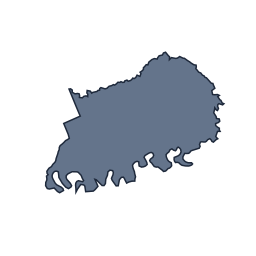 Santo Ângelo, Rio Grande do Sul, Brazil, rotated 338°
{"feature_id": "56859067B98456999895328", "entity_name": "Santo Ângelo", "entity_type": "district", "adm_level": 2, "iso_a3": "BRA", "parent_name": "Brazil", "parent_adm1": "Rio Grande do Sul", "projection": "orthographic", "projection_center": [-54.307, -28.25], "detail": "fine", "context": "isolated", "style": "filled", "palette": "slate", "viewbox_px": 256, "rotation_deg": 338, "n_neighbors": 0, "source": "geoboundaries", "source_scale": "gbopen_adm2", "svg_char_len": 4107}
<svg xmlns="http://www.w3.org/2000/svg" viewBox="0 0 256 256"><g transform="rotate(338 128 128)"><path d="M191.2,71.8L189.0,71.7L187.3,73.2L183.9,72.7L181.8,74.0L180.9,75.0L178.4,73.5L175.8,73.5L172.0,74.7L170.1,76.9L168.6,76.1L166.6,77.2L164.9,77.9L164.2,79.5L161.9,80.5L160.1,80.8L160.4,82.4L158.4,84.6L156.2,82.4L154.1,84.1L152.1,84.5L151.2,83.5L149.5,84.5L148.0,84.9L145.7,84.7L145.0,83.2L142.7,83.1L141.6,84.1L140.2,83.8L138.8,82.4L137.6,82.7L135.8,81.8L133.8,82.7L131.7,83.2L130.7,82.3L128.7,82.6L126.1,82.2L123.3,83.3L121.4,83.1L118.0,80.4L116.6,80.8L115.8,82.3L114.3,81.9L112.9,82.5L108.7,81.8L107.4,82.1L106.9,79.7L104.2,77.9L103.0,80.1L103.4,81.6L102.4,83.8L101.2,82.5L98.9,82.1L97.0,82.9L94.4,81.5L95.3,79.7L95.5,78.0L94.2,77.1L91.7,76.5L89.7,74.1L90.5,71.9L89.5,70.2L87.9,69.8L88.0,88.5L88.1,96.3L88.2,99.1L70.1,99.7L70.2,111.4L69.7,115.6L67.6,116.1L65.4,116.3L63.1,117.4L61.0,118.2L58.5,118.9L57.0,120.3L56.1,122.3L54.4,123.9L53.4,125.4L50.0,129.3L48.8,131.2L47.4,132.4L44.6,133.6L42.6,135.1L39.6,135.7L36.6,137.7L36.0,139.7L36.4,141.4L34.4,142.1L33.7,144.9L33.0,146.1L31.4,147.6L30.0,150.7L30.5,153.9L32.2,155.1L37.1,156.0L38.8,160.4L40.4,162.4L44.8,161.8L45.0,160.0L44.0,157.9L40.6,153.9L39.8,151.7L39.3,147.4L39.3,145.5L39.7,143.9L40.9,142.3L42.5,141.2L44.1,140.8L45.7,141.3L47.0,142.6L45.4,148.0L46.4,154.8L48.1,159.5L50.1,161.9L52.9,161.4L54.1,160.4L53.8,157.6L52.0,152.6L52.1,150.7L52.9,149.0L55.2,148.0L59.8,147.6L64.4,149.6L65.3,150.5L66.8,154.3L66.8,157.9L67.2,160.0L65.9,160.8L62.3,158.3L60.5,158.4L58.9,159.6L58.0,161.3L57.0,164.7L55.8,167.9L58.5,165.6L63.0,162.7L65.6,164.1L66.2,165.7L64.9,171.2L68.4,172.3L72.2,173.5L74.4,172.8L78.3,170.8L78.1,163.2L79.2,164.1L82.4,171.6L84.2,172.4L86.2,171.1L88.3,167.0L91.2,164.2L92.9,161.2L95.4,160.3L97.8,161.8L97.7,163.8L96.6,165.7L93.8,168.5L93.7,170.4L95.3,177.2L97.3,177.9L100.7,172.7L103.4,171.3L105.2,171.8L105.7,173.2L105.8,175.7L106.1,178.6L108.3,178.4L110.2,178.6L111.8,178.8L114.4,179.8L115.4,177.7L116.7,176.1L117.1,172.9L117.6,170.8L117.6,168.6L117.8,166.1L118.3,164.2L119.7,163.1L122.0,162.2L123.9,162.3L125.3,163.4L124.7,165.2L124.1,167.4L125.9,169.3L128.0,169.8L130.0,169.8L132.1,169.0L132.5,167.1L132.4,165.2L132.1,162.8L131.9,161.2L133.4,159.9L135.8,159.5L137.4,159.2L139.1,159.1L140.6,159.5L141.6,160.8L141.6,162.9L140.2,164.4L138.5,164.9L137.1,165.3L135.9,166.3L136.0,167.8L136.8,169.2L137.3,171.3L137.9,173.5L139.5,174.8L141.1,175.3L142.1,176.8L143.2,178.7L144.1,180.2L144.6,181.6L146.8,182.0L148.5,181.3L149.9,180.6L151.3,180.7L152.6,180.4L154.3,179.4L155.1,176.5L153.6,174.6L152.9,173.1L152.7,171.5L152.7,169.1L153.3,167.0L155.0,166.1L156.8,165.6L158.9,163.9L160.9,163.8L162.0,165.7L163.5,166.9L164.7,166.3L165.9,165.0L167.3,164.5L168.3,165.9L168.8,167.6L168.3,170.0L166.8,171.5L165.5,172.2L163.9,172.6L159.8,172.6L158.9,174.5L158.7,176.1L159.1,177.8L160.7,178.2L162.1,179.2L163.0,181.3L164.1,182.8L167.1,184.7L170.1,186.0L171.9,186.2L173.3,186.1L174.4,185.5L173.9,184.0L172.0,183.3L170.7,182.7L169.2,181.4L168.1,179.9L167.3,177.4L168.1,175.3L171.0,172.8L173.1,173.7L174.8,174.2L176.2,173.8L177.4,172.9L179.0,172.8L181.4,173.0L186.5,173.4L188.0,172.0L188.1,170.1L189.9,168.2L191.2,168.4L192.9,169.3L194.3,169.9L195.7,169.7L197.5,168.7L199.8,168.5L200.6,170.1L200.8,171.9L201.9,173.1L204.0,172.3L205.3,171.8L207.2,171.6L206.6,170.2L206.2,168.7L209.7,164.7L212.1,165.6L211.9,164.1L212.6,162.4L211.4,160.9L210.2,158.6L210.9,156.7L213.8,156.8L215.6,156.1L216.0,153.8L213.6,152.3L214.0,150.4L213.2,146.0L215.3,143.1L216.0,141.8L216.6,144.3L217.5,145.3L219.2,143.8L219.2,141.6L220.1,139.9L221.4,139.5L224.4,142.0L226.0,141.4L224.7,140.1L224.5,137.2L223.7,136.1L223.0,132.5L224.9,132.0L223.5,130.5L220.5,129.5L219.0,128.6L219.7,124.7L223.4,123.7L223.3,120.5L223.4,118.5L222.0,117.7L219.5,110.8L218.3,109.8L218.1,108.2L216.8,106.9L216.1,104.3L214.4,102.6L213.8,100.2L213.1,98.4L214.2,97.0L214.7,95.2L212.8,94.1L210.9,91.5L209.9,89.7L208.4,87.7L206.4,84.5L205.2,83.9L204.3,82.9L202.7,81.1L200.1,81.7L198.4,81.4L194.6,79.0L192.0,80.1L193.2,77.5L192.5,76.1L191.2,71.8Z" fill="#64748b" stroke="#1e293b" stroke-width="1.5"/></g></svg>